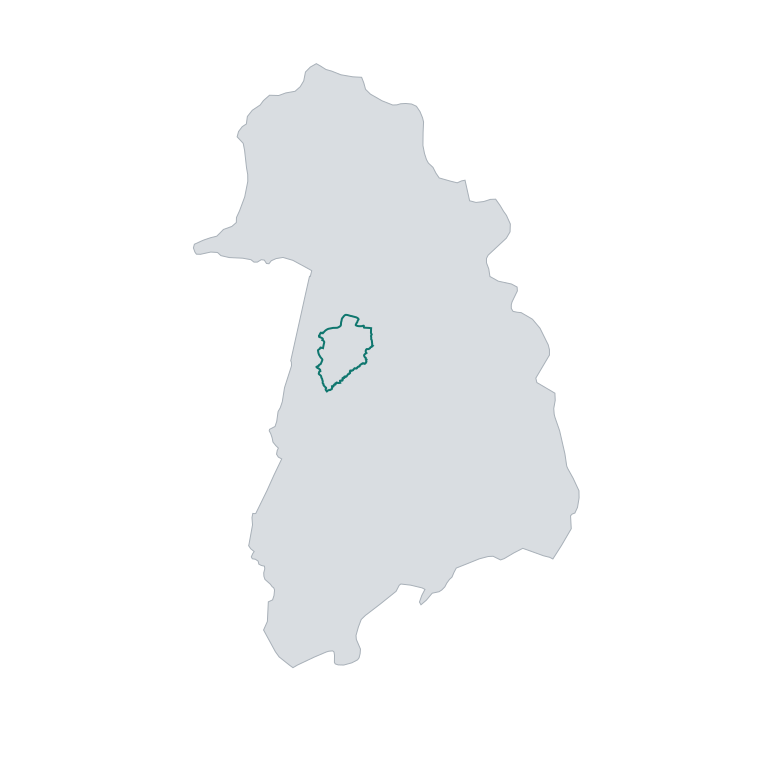 location of Ziro, Ziro, Burkina Faso, rotated 103°
{"feature_id": "67063806B63771125198412", "entity_name": "Ziro", "entity_type": "district", "adm_level": 2, "iso_a3": "BFA", "parent_name": "Burkina Faso", "parent_adm1": "Ziro", "projection": "orthographic", "projection_center": [-1.788, 11.64], "detail": "fine", "context": "in_parent", "style": "outline", "palette": "teal", "viewbox_px": 768, "rotation_deg": 103, "n_neighbors": 0, "source": "geoboundaries", "source_scale": "gbopen_adm2", "svg_char_len": 8654}
<svg xmlns="http://www.w3.org/2000/svg" viewBox="0 0 768 768"><g transform="rotate(103 384 384)"><path d="M570.2,479.5L550.9,480.4L543.8,482.6L539.6,482.7L539.4,480.9L538.9,479.8L514.5,474.1L497.4,470.7L480.0,466.8L479.0,470.5L476.6,472.9L472.8,473.1L470.2,472.5L468.5,475.4L465.6,479.1L461.6,480.9L457.7,483.3L455.5,485.3L453.9,485.3L449.9,480.6L444.6,480.1L434.7,481.0L430.3,479.7L424.2,479.1L409.9,480.1L387.1,478.2L383.4,479.2L382.4,480.1L359.7,480.3L334.8,480.5L314.0,480.7L295.8,480.8L295.8,480.0L289.9,479.9L289.3,481.5L284.0,500.6L283.4,510.9L286.1,517.4L289.2,521.5L292.7,523.2L293.0,525.6L290.2,528.5L290.5,531.6L293.7,534.8L294.5,538.1L292.8,541.6L293.2,550.0L295.6,563.2L295.6,571.8L293.3,575.8L294.4,582.5L298.9,592.0L299.7,596.0L298.0,597.9L294.3,600.3L290.5,600.2L286.1,594.5L284.2,591.9L280.6,586.1L277.6,580.2L273.5,577.6L269.5,575.2L264.7,567.7L259.9,564.2L255.0,565.2L247.7,563.7L233.0,561.8L217.2,562.3L210.6,563.9L204.2,566.6L187.7,572.4L181.2,575.3L176.2,582.7L170.7,582.5L165.1,580.0L161.6,576.6L154.1,577.3L146.9,573.9L140.0,567.4L134.9,565.2L128.4,560.5L126.6,551.5L122.5,545.2L118.8,536.5L113.2,532.5L106.7,530.4L97.7,530.7L91.8,527.1L87.1,522.0L88.4,517.6L90.6,511.4L90.9,505.4L92.4,495.6L91.7,483.4L90.2,474.8L95.2,471.4L101.0,468.3L104.6,462.5L108.5,449.6L110.2,438.3L109.1,434.2L107.2,430.8L105.8,426.0L105.0,420.1L106.1,414.9L110.5,410.2L116.0,406.3L119.8,404.4L130.1,402.5L142.9,399.7L150.3,396.4L155.8,393.1L158.8,390.4L161.9,385.0L166.9,380.8L170.8,376.6L171.4,364.7L171.5,357.9L168.7,354.2L167.2,350.9L186.2,341.8L186.4,335.2L183.8,327.9L180.2,321.9L178.8,316.8L184.1,310.9L188.8,306.4L192.2,302.6L199.7,296.9L207.4,295.4L214.4,297.6L235.0,311.5L238.6,312.4L242.9,311.4L248.3,307.8L255.4,305.0L258.1,295.8L257.9,282.3L259.6,276.1L263.3,275.0L275.2,277.7L278.2,277.8L281.7,277.0L284.2,274.6L284.1,270.3L283.6,266.4L287.5,253.9L294.6,244.5L308.9,232.8L313.4,230.5L318.6,229.3L344.1,237.4L348.2,235.4L354.5,215.4L361.4,213.5L369.7,213.1L375.1,211.4L377.9,210.0L390.0,202.4L411.4,192.0L422.9,187.5L425.1,185.9L433.3,178.5L444.2,170.0L451.1,168.3L460.7,167.7L466.8,169.0L468.4,171.4L470.4,172.6L482.9,169.0L501.0,174.6L516.5,180.1L515.6,183.6L515.5,189.9L514.3,199.8L512.9,211.8L519.3,219.4L527.1,227.6L529.2,230.9L527.3,239.0L528.7,243.8L532.9,251.8L539.9,261.8L547.1,272.2L552.1,273.5L556.8,274.3L559.6,276.2L563.8,278.0L568.0,279.1L571.6,281.3L574.0,283.6L577.0,290.0L585.1,294.1L590.8,298.3L588.5,300.4L581.5,299.6L574.9,297.9L574.1,301.0L574.0,312.8L575.1,322.6L576.7,323.9L583.3,325.6L599.3,338.2L613.7,350.1L618.5,353.2L626.5,354.3L635.3,354.7L639.1,353.5L647.6,347.3L652.2,346.6L656.4,346.7L658.7,347.7L662.9,352.6L666.9,360.0L668.0,365.5L667.7,368.5L666.4,369.7L659.4,371.2L656.4,372.4L655.6,374.0L656.8,377.7L658.2,380.1L666.0,390.8L677.4,405.2L680.9,408.9L679.0,413.3L673.5,424.8L669.3,429.6L650.8,446.0L641.6,444.2L622.3,447.7L619.4,444.0L614.9,443.6L609.3,444.3L607.3,445.7L606.7,447.3L604.7,449.6L601.2,456.0L598.5,457.7L595.1,458.7L590.9,458.6L588.4,459.5L588.4,462.7L587.7,465.4L584.9,466.8L583.7,469.9L583.9,473.0L582.3,474.4L578.6,473.7L576.5,472.8L574.5,476.8L572.0,479.5L570.2,479.5Z" fill="#d9dde1" stroke="#a8b0b8" stroke-width="1"/><path d="M332.5,409.1L332.7,411.0L333.2,413.9L333.3,414.6L333.6,416.0L333.5,416.3L333.3,416.4L332.8,416.5L332.2,416.6L331.9,416.7L331.8,416.8L331.8,417.1L332.4,418.3L332.7,418.9L333.3,421.2L333.4,422.6L333.3,424.1L333.1,424.6L332.9,424.6L332.7,424.8L332.4,424.8L330.6,424.4L330.1,424.0L329.3,424.0L328.8,423.9L328.5,423.9L327.7,423.7L327.4,423.6L327.1,423.4L326.8,423.3L326.5,423.4L326.2,423.8L325.7,424.5L325.3,426.0L325.2,428.6L325.2,429.3L325.1,430.7L325.2,431.7L325.0,434.9L325.1,436.2L325.2,436.6L325.3,437.0L325.6,437.4L325.9,437.7L326.3,438.0L327.1,438.5L328.1,438.9L329.0,439.4L329.7,439.6L330.1,439.7L332.5,439.6L332.9,439.7L334.2,439.6L335.9,439.3L336.8,439.3L337.3,439.6L338.0,440.1L338.2,440.3L339.4,441.7L339.7,442.2L339.9,442.8L340.7,445.9L340.9,446.5L341.9,448.7L342.6,450.3L343.3,451.4L344.4,452.5L344.8,452.9L345.3,453.3L346.5,454.0L348.1,454.9L348.0,455.2L347.8,455.4L347.8,455.7L347.9,455.9L348.1,456.1L348.4,456.1L348.5,456.1L348.5,456.4L348.4,456.6L348.3,457.2L348.5,457.3L348.9,457.3L349.1,457.4L349.4,457.5L349.5,457.6L350.3,457.8L350.9,457.7L351.5,458.2L351.9,458.1L351.8,457.8L352.3,457.3L352.3,457.8L352.7,457.7L352.8,457.3L353.0,455.4L353.1,455.2L353.2,454.8L353.3,454.6L353.3,454.4L353.5,454.1L353.8,453.8L353.9,453.7L354.0,453.7L354.3,453.9L355.1,454.0L355.2,453.0L355.4,452.7L356.1,452.1L356.3,451.8L356.8,451.6L357.1,451.6L357.7,451.6L359.0,451.6L360.0,451.6L362.7,451.5L362.6,452.0L362.9,452.5L362.9,452.8L362.7,453.5L362.7,454.0L362.9,454.2L363.5,454.3L364.0,454.4L364.5,454.7L365.0,455.3L365.5,455.7L366.1,455.9L366.4,455.8L367.5,455.3L368.5,454.9L369.3,454.4L370.1,453.9L371.1,452.9L372.0,452.1L372.9,450.9L373.6,449.9L374.0,449.6L374.4,449.5L374.9,449.5L376.8,449.8L378.7,450.2L379.0,450.3L379.2,450.7L379.5,451.0L379.7,451.3L379.8,451.4L380.3,451.6L380.7,451.6L380.9,451.9L381.2,451.9L381.4,452.2L381.6,452.3L381.6,452.6L382.0,453.1L382.2,453.3L382.6,453.6L383.2,452.8L383.4,452.2L383.7,450.7L384.0,450.3L384.2,450.1L384.3,449.9L384.4,449.6L384.6,449.6L384.8,449.4L385.1,449.2L385.9,448.9L386.4,449.8L386.8,449.9L388.2,449.9L388.5,449.9L388.8,449.8L389.2,449.3L389.5,448.6L390.1,447.4L390.5,447.1L390.8,446.9L391.2,446.7L392.0,446.4L392.5,445.8L393.0,445.4L394.2,444.9L394.7,444.5L395.4,444.2L396.4,444.1L396.8,444.0L397.1,443.8L397.4,443.4L397.6,443.0L397.9,442.8L398.0,442.8L398.3,442.8L398.5,442.8L398.8,442.4L399.4,441.9L399.8,441.1L400.0,440.8L400.4,440.3L400.6,439.7L400.8,439.5L401.1,439.4L401.5,439.5L401.9,439.7L402.2,439.7L402.5,439.6L403.0,439.3L404.1,438.0L403.9,437.8L403.7,437.8L403.2,437.5L402.9,437.2L402.7,436.7L402.1,436.1L402.2,435.8L402.2,435.7L402.1,435.4L402.0,435.1L401.4,434.5L401.1,434.3L400.9,434.1L400.8,433.8L400.6,433.7L400.3,433.7L400.1,433.8L399.8,433.7L399.5,433.8L399.2,433.8L398.7,433.8L398.2,434.1L397.9,434.2L397.7,433.7L397.7,433.1L397.8,432.8L397.7,432.7L397.3,432.7L396.6,432.8L396.2,432.6L395.9,432.3L395.6,432.3L395.5,432.2L395.6,431.8L395.7,431.6L395.5,431.3L395.4,431.3L395.0,431.4L394.5,431.4L394.5,430.9L394.2,430.7L393.9,430.8L393.8,430.7L393.6,430.8L393.3,430.6L393.2,430.5L393.2,429.9L393.4,429.4L393.3,428.9L393.3,428.5L393.2,428.2L392.9,428.0L392.8,427.8L392.9,427.3L392.7,426.9L392.4,427.1L392.2,427.2L392.1,427.3L391.7,427.2L391.2,427.4L391.0,427.5L390.7,427.6L390.5,427.4L390.3,426.5L390.1,426.3L390.3,425.9L390.2,425.6L389.9,425.3L389.7,425.3L389.5,425.2L389.4,425.2L388.7,425.4L388.3,425.4L388.2,425.2L387.8,425.3L387.6,425.6L387.2,425.3L387.1,425.0L387.1,424.8L387.0,424.5L387.0,424.2L386.9,424.2L386.7,424.0L386.2,424.2L385.9,424.3L385.7,424.2L385.6,423.9L385.3,423.5L385.2,423.3L385.3,422.8L385.5,422.7L385.2,422.3L383.9,421.7L382.7,421.4L382.6,421.1L382.4,420.8L382.3,420.6L382.1,420.4L381.8,420.3L381.7,420.1L381.1,420.1L381.0,419.9L381.0,419.6L380.9,419.5L380.7,419.5L380.1,419.8L379.4,420.0L379.1,420.1L378.9,420.0L378.7,419.8L378.6,419.7L378.4,419.7L378.3,419.3L378.5,419.3L378.7,419.0L378.6,418.8L378.5,418.7L378.3,418.5L378.3,418.4L378.0,418.0L377.9,417.7L377.5,417.4L377.4,417.2L376.8,417.1L376.5,416.8L376.2,416.7L375.9,416.5L375.8,416.4L375.6,416.4L375.4,416.3L375.4,416.1L375.2,415.9L375.2,415.7L375.3,415.1L375.1,414.7L374.9,414.5L374.9,414.4L375.0,414.2L374.9,414.1L374.6,414.2L374.4,414.1L374.1,413.7L373.8,413.6L373.7,413.5L373.4,413.5L373.3,413.4L373.0,413.1L373.0,412.9L372.6,412.3L372.5,412.0L372.3,411.8L372.0,412.0L371.8,412.0L371.5,411.9L371.0,411.6L370.2,410.9L369.7,410.6L369.3,410.2L369.2,409.7L368.8,409.6L368.5,409.3L368.5,409.1L368.5,408.9L368.4,408.6L368.7,408.1L368.6,407.9L368.4,407.6L368.7,407.5L368.7,407.3L368.4,407.2L368.2,407.0L367.8,406.9L367.6,406.7L367.4,406.6L367.3,406.3L367.2,406.2L366.5,406.4L366.0,406.2L365.8,406.3L365.4,406.6L365.2,406.7L364.7,406.6L364.1,406.5L363.9,407.2L363.8,407.4L363.7,407.4L362.7,407.6L362.5,407.9L362.4,408.4L361.7,409.2L360.8,409.8L360.6,409.8L360.0,409.8L359.1,409.3L358.5,408.7L358.1,408.6L357.7,408.1L357.4,408.4L357.4,408.6L357.2,408.8L356.0,409.3L354.9,409.2L354.5,409.1L354.1,408.9L353.8,408.6L353.7,408.2L353.7,407.7L353.5,407.2L353.4,406.9L353.4,406.7L353.1,406.5L352.7,406.3L352.4,406.0L352.3,405.7L351.5,405.5L351.3,405.4L350.9,405.0L350.8,404.7L350.1,404.0L349.8,403.8L349.4,403.8L349.2,403.6L348.8,404.4L348.3,404.3L347.6,404.5L345.5,405.3L345.2,405.3L344.8,405.5L343.9,405.9L343.2,406.6L342.9,406.6L342.2,406.8L341.5,406.9L340.1,407.5L339.6,407.3L338.7,407.4L338.3,407.2L338.1,407.5L337.6,407.9L337.2,408.2L333.2,409.0L332.5,409.1Z" fill="none" stroke="#0f766e" stroke-width="2"/></g></svg>